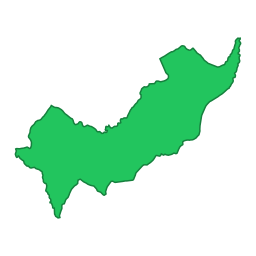 the district of Laulara, Aileu, East Timor
{"feature_id": "22284137B18374352558819", "entity_name": "Laulara", "entity_type": "district", "adm_level": 2, "iso_a3": "TLS", "parent_name": "East Timor", "parent_adm1": "Aileu", "projection": "equal_earth", "projection_center": [125.578, -8.625], "detail": "fine", "context": "isolated", "style": "filled", "palette": "green", "viewbox_px": 256, "rotation_deg": 0, "n_neighbors": 0, "source": "geoboundaries", "source_scale": "gbopen_adm2", "svg_char_len": 5761}
<svg xmlns="http://www.w3.org/2000/svg" viewBox="0 0 256 256"><path d="M197.8,135.9L198.8,135.0L199.1,134.3L199.9,131.0L199.8,129.2L200.0,125.7L201.6,115.7L202.0,114.6L205.1,107.5L206.0,105.7L207.4,104.0L209.7,101.6L211.3,100.8L218.1,96.6L219.6,95.4L221.9,94.0L223.5,92.7L227.3,89.2L227.9,88.8L229.2,88.1L229.5,87.0L230.1,86.6L230.6,85.8L231.3,84.2L232.6,82.5L233.1,81.5L233.2,80.6L232.9,78.9L233.0,78.2L233.8,77.6L234.9,77.4L235.2,76.9L235.4,76.0L235.4,75.1L234.9,74.1L234.6,73.2L236.1,71.8L236.4,71.1L236.8,69.7L236.9,68.6L237.2,67.5L237.6,66.7L238.1,65.5L238.0,64.7L238.0,63.4L238.6,63.1L239.1,62.6L239.5,61.9L239.7,61.0L239.6,60.2L239.3,59.5L239.1,57.1L239.9,55.9L240.0,55.1L239.4,54.3L238.4,54.1L238.1,53.1L238.3,52.6L238.9,52.0L239.4,51.2L239.4,49.8L238.7,48.0L238.8,47.4L239.2,46.9L239.8,45.0L240.6,43.8L240.6,43.0L240.1,42.0L239.5,41.7L239.3,41.0L239.2,40.4L240.2,39.1L240.2,38.2L238.6,38.4L238.0,38.1L236.6,39.3L235.9,40.1L235.4,41.0L235.4,42.0L235.7,42.9L235.0,44.8L234.2,47.5L234.1,48.3L233.9,49.1L233.3,49.5L232.6,50.4L232.1,52.5L231.2,54.0L230.6,54.3L230.2,55.0L230.1,55.9L229.7,56.7L228.8,56.9L228.3,57.5L227.9,58.7L227.8,59.8L227.4,60.9L226.9,61.4L225.7,61.9L224.8,64.2L224.2,64.7L222.8,65.1L221.1,65.9L219.7,66.7L217.7,67.1L208.0,63.3L206.8,62.2L204.2,60.2L202.9,58.2L201.6,56.7L200.4,55.1L199.6,54.8L196.9,52.9L196.0,51.6L193.2,48.3L192.6,48.3L191.1,49.7L190.0,50.2L189.2,50.2L187.1,49.3L186.3,48.7L185.5,47.8L184.8,46.6L184.1,46.1L182.8,45.8L182.0,45.8L181.0,46.3L180.3,47.0L178.0,48.9L176.1,49.4L174.1,50.9L172.4,51.8L171.4,51.8L168.5,53.5L164.6,56.1L161.6,57.7L159.9,58.8L162.7,65.2L165.1,70.7L165.7,72.2L166.0,72.8L166.3,73.1L166.9,73.8L167.9,74.5L168.3,75.3L168.5,76.2L168.4,77.4L168.2,78.2L167.6,79.0L165.5,80.4L164.0,81.0L160.7,81.8L158.2,81.1L156.6,81.1L156.0,81.4L155.6,82.1L154.5,83.6L149.3,83.9L148.8,85.4L148.4,85.7L147.8,86.5L146.7,86.9L145.6,87.0L144.2,86.8L142.5,88.1L141.6,89.0L141.3,90.2L140.1,92.8L140.1,93.4L140.3,94.2L141.0,94.7L141.1,97.4L140.9,98.0L140.2,99.0L138.3,100.3L136.9,102.8L135.7,103.8L134.2,105.6L133.8,106.5L133.0,107.2L132.1,107.6L131.7,108.4L130.2,110.5L129.5,112.1L128.1,114.9L127.6,115.9L127.4,116.8L126.9,117.7L126.5,118.0L124.9,117.9L123.9,118.0L123.1,118.5L122.7,118.9L122.0,119.0L121.2,118.8L120.8,119.1L120.4,120.1L120.4,121.0L120.8,122.5L120.6,122.9L119.7,123.1L118.3,123.0L117.8,123.4L117.8,124.7L117.5,125.5L117.0,126.1L116.3,126.4L114.8,126.3L114.1,126.6L112.2,128.0L110.4,127.8L110.0,127.0L108.9,125.4L108.3,126.5L107.9,126.7L107.2,126.7L106.5,126.4L106.0,126.5L105.7,127.4L105.7,128.5L105.3,129.6L105.6,130.4L106.1,130.3L107.3,130.4L106.9,132.0L106.1,132.5L105.6,132.5L105.1,132.1L104.2,132.2L103.4,133.2L101.8,133.4L101.3,132.9L100.6,132.5L100.2,132.0L99.7,131.6L99.1,131.6L98.5,131.8L97.8,131.8L97.4,131.7L96.8,131.1L95.7,129.4L94.0,128.1L91.9,126.8L91.0,126.4L89.9,126.3L87.7,125.2L87.1,125.3L85.6,126.2L84.6,126.6L83.8,126.6L83.2,126.2L82.6,125.4L81.8,122.7L81.4,122.3L80.8,121.9L80.2,121.8L79.5,121.9L78.8,122.7L78.3,123.5L77.8,123.9L75.6,124.6L75.1,124.5L74.0,123.3L73.6,122.3L73.1,120.4L72.7,119.6L72.3,118.9L70.6,118.1L66.7,114.9L65.2,113.9L64.1,112.7L62.8,111.0L61.4,109.7L58.6,108.0L57.6,107.7L56.3,107.5L55.4,107.5L54.3,107.2L51.3,105.5L50.6,106.9L49.3,108.5L48.2,109.8L45.9,113.5L44.7,115.0L43.9,116.2L42.9,117.0L40.9,119.5L39.5,120.2L37.7,120.5L35.7,121.8L34.1,124.4L32.0,126.2L31.3,127.2L30.8,128.0L30.2,130.2L30.0,132.5L28.6,135.7L28.5,136.6L28.7,137.4L30.1,139.2L30.8,140.3L31.3,141.7L31.5,142.6L31.3,146.0L30.4,148.2L29.5,148.5L27.5,147.2L27.0,147.1L23.8,148.1L21.3,148.4L19.4,148.8L17.4,148.6L16.5,148.6L16.1,148.7L15.7,149.0L16.0,150.1L16.3,150.5L16.3,150.9L16.0,152.2L15.8,152.7L15.6,153.4L15.4,153.8L15.4,154.4L15.9,156.0L16.4,157.0L16.8,157.4L17.3,157.2L17.8,156.7L18.3,155.9L19.0,156.4L19.5,157.6L20.6,158.9L21.3,159.2L22.5,160.4L23.4,160.6L23.9,161.7L24.1,162.9L24.5,163.7L26.7,165.9L27.3,166.1L28.4,166.1L29.8,167.6L30.6,167.9L31.2,168.0L32.8,167.6L34.5,167.4L35.9,168.6L39.3,169.7L39.9,170.1L40.4,170.7L41.9,171.5L42.3,172.8L42.3,173.6L42.6,174.4L42.9,174.9L42.9,175.7L42.5,177.0L42.6,177.7L43.4,180.0L43.3,180.8L43.4,181.6L43.7,182.1L44.4,182.9L45.0,183.3L45.7,183.4L46.2,183.7L46.4,184.7L46.8,185.6L46.5,188.0L45.8,190.3L46.1,191.3L47.6,192.5L47.8,193.2L47.9,193.9L49.2,195.1L49.3,196.5L49.2,197.3L49.6,198.2L50.2,198.7L50.6,199.2L50.8,200.2L50.9,201.2L50.1,201.9L50.0,202.7L51.4,203.1L52.1,204.7L52.7,206.7L52.7,207.8L53.6,208.2L54.3,208.1L54.6,214.1L55.0,214.7L55.4,215.8L55.8,216.4L57.1,217.2L58.0,217.9L58.8,217.8L59.9,217.5L59.5,216.0L59.5,215.3L61.1,210.4L61.8,208.8L61.9,208.0L61.8,205.7L62.2,204.6L63.8,203.7L64.3,203.7L65.8,199.6L66.4,198.9L68.0,197.4L69.0,195.1L69.7,193.1L71.3,189.7L71.9,188.8L74.5,185.9L76.3,184.8L77.7,183.4L77.7,182.6L78.0,180.2L78.6,179.9L80.1,179.2L80.6,179.4L83.6,181.8L86.2,183.1L88.0,184.3L90.5,185.3L92.2,185.7L93.8,186.0L96.2,188.6L96.9,189.7L97.1,190.5L97.8,191.2L100.7,192.2L103.0,194.6L103.7,195.1L104.3,195.2L106.0,194.0L105.6,191.7L106.8,187.8L107.4,186.5L111.1,181.4L112.8,181.2L114.1,182.0L115.1,182.4L122.8,181.4L125.4,180.9L126.9,180.9L132.5,180.2L133.0,180.0L133.5,179.6L135.5,174.7L135.6,173.7L136.3,172.5L142.1,166.2L143.6,164.9L145.5,164.8L146.6,164.9L147.3,164.8L148.6,163.7L149.5,163.2L150.7,162.3L152.9,160.3L154.0,158.8L155.7,156.0L156.2,155.5L156.8,155.5L159.5,156.1L160.4,155.7L160.9,154.9L161.1,154.1L161.5,153.9L163.0,154.9L163.7,155.1L165.0,154.2L165.9,154.7L167.2,155.0L168.4,155.2L171.8,154.3L173.7,153.2L174.2,153.1L175.5,153.6L176.6,153.5L177.1,153.1L178.6,149.4L179.8,147.0L180.8,145.9L182.8,144.6L182.8,143.6L182.7,142.2L182.9,141.6L184.4,140.7L186.7,140.1L188.2,140.0L189.4,140.2L190.1,140.0L192.5,139.8L193.6,139.4L196.0,138.0L197.8,135.9Z" fill="#22c55e" stroke="#15803d" stroke-width="1.5"/></svg>